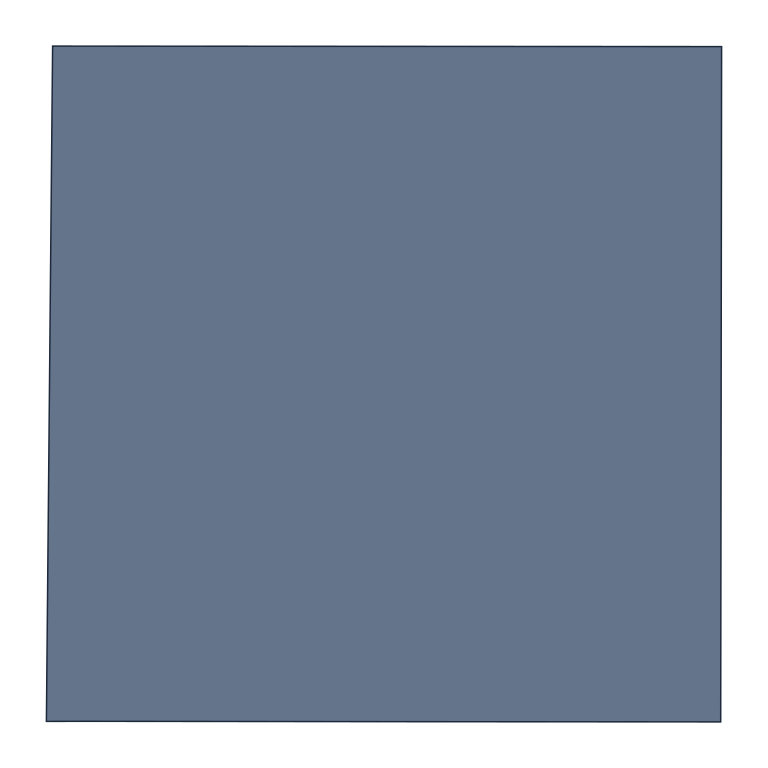 outline of Howard, Nebraska, United States of America
{"feature_id": "52423323B29382899957960", "entity_name": "Howard", "entity_type": "district", "adm_level": 2, "iso_a3": "USA", "parent_name": "United States of America", "parent_adm1": "Nebraska", "projection": "mercator", "projection_center": [-98.54, 41.22], "detail": "fine", "context": "isolated", "style": "filled", "palette": "slate", "viewbox_px": 768, "rotation_deg": 0, "n_neighbors": 0, "source": "geoboundaries", "source_scale": "gbopen_adm2", "svg_char_len": 220}
<svg xmlns="http://www.w3.org/2000/svg" viewBox="0 0 768 768"><path d="M52.6,46.1L46.4,721.4L85.2,721.3L420.2,721.7L720.7,721.9L721.6,46.6L714.5,46.6L52.6,46.1Z" fill="#64748b" stroke="#1e293b" stroke-width="1.5"/></svg>